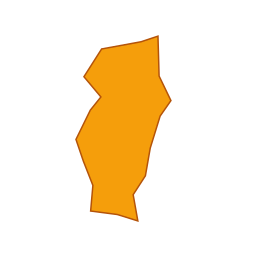 the district of Anageia, Nicosia, Cyprus, rotated 230°
{"feature_id": "46923920B76121655134993", "entity_name": "Anageia", "entity_type": "district", "adm_level": 2, "iso_a3": "CYP", "parent_name": "Cyprus", "parent_adm1": "Nicosia", "projection": "mercator", "projection_center": [33.24, 35.076], "detail": "fine", "context": "isolated", "style": "filled", "palette": "amber", "viewbox_px": 256, "rotation_deg": 230, "n_neighbors": 0, "source": "geoboundaries", "source_scale": "gbopen_adm2", "svg_char_len": 384}
<svg xmlns="http://www.w3.org/2000/svg" viewBox="0 0 256 256"><g transform="rotate(230 128 128)"><path d="M50.5,75.8L73.6,89.1L80.2,110.6L98.3,132.1L116.5,160.3L121.4,178.5L147.8,185.2L179.1,210.0L185.7,193.4L205.5,158.6L195.6,127.2L169.2,127.2L165.9,110.6L152.7,80.8L131.3,72.5L106.6,64.2L88.4,46.0L68.6,64.2L50.5,75.8Z" fill="#f59e0b" stroke="#b45309" stroke-width="1.5"/></g></svg>